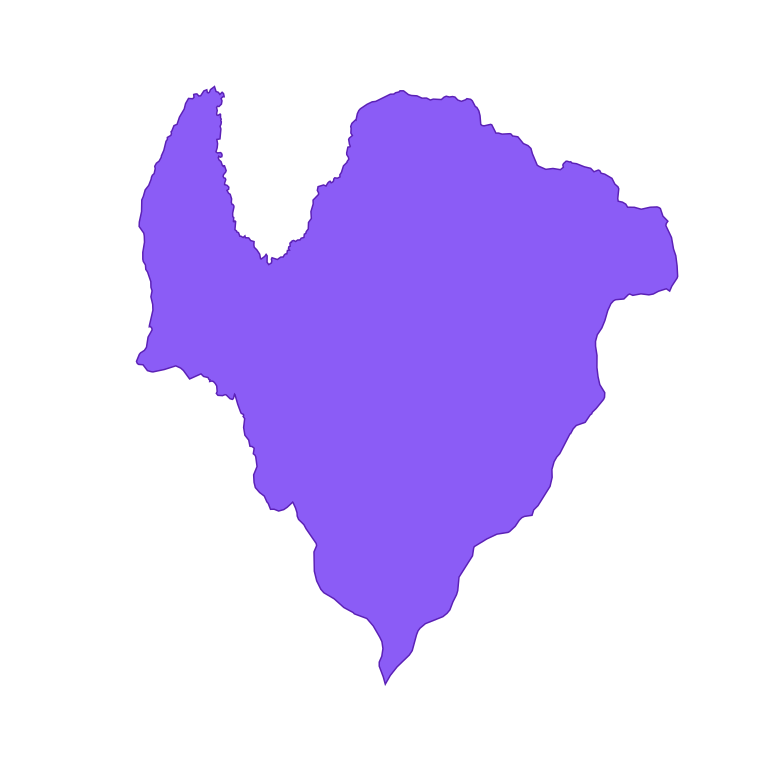 Giraldo, Antioquia, Colombia, rotated 190°
{"feature_id": "7082276B20831515538679", "entity_name": "Giraldo", "entity_type": "district", "adm_level": 2, "iso_a3": "COL", "parent_name": "Colombia", "parent_adm1": "Antioquia", "projection": "equal_earth", "projection_center": [-75.917, 6.672], "detail": "fine", "context": "isolated", "style": "filled", "palette": "violet", "viewbox_px": 768, "rotation_deg": 190, "n_neighbors": 0, "source": "geoboundaries", "source_scale": "gbopen_adm2", "svg_char_len": 6168}
<svg xmlns="http://www.w3.org/2000/svg" viewBox="0 0 768 768"><g transform="rotate(190 384 384)"><path d="M132.7,593.6L138.5,597.8L142.3,604.8L143.9,605.5L145.8,605.8L152.6,604.3L161.0,600.8L168.2,601.5L174.8,600.4L177.1,603.1L180.7,604.5L185.1,604.7L186.0,607.2L186.7,617.0L187.8,618.8L191.4,621.0L195.2,626.1L203.0,629.0L206.8,629.3L208.6,631.6L210.1,631.9L214.1,629.5L217.9,632.3L224.4,632.7L232.7,634.4L237.1,634.2L238.7,635.3L239.6,634.9L242.4,635.2L243.4,635.0L245.5,632.2L245.9,630.7L245.0,628.6L247.5,625.7L255.0,625.6L261.9,623.5L269.2,625.3L271.1,626.1L277.8,636.5L280.2,641.5L283.6,643.8L288.5,645.0L295.1,650.7L300.5,650.6L302.1,652.1L303.3,652.4L311.1,650.6L314.7,651.0L317.3,650.5L322.9,658.0L324.1,658.2L330.3,655.6L332.3,655.6L333.8,656.5L336.0,664.9L338.0,669.4L340.6,672.5L342.3,673.1L346.2,678.2L348.1,679.4L351.9,679.4L353.0,678.1L356.9,675.8L360.7,676.5L363.9,678.9L366.4,679.0L369.4,678.0L372.7,678.2L374.7,676.9L376.9,674.1L385.0,673.1L387.7,671.7L391.7,673.0L396.2,672.1L401.6,673.5L407.1,672.9L410.1,673.2L415.6,676.1L419.2,675.5L420.0,674.2L423.1,672.9L424.7,671.2L428.1,670.5L441.2,660.9L444.7,659.8L449.3,656.5L455.1,650.9L456.3,648.9L457.2,645.6L457.4,639.0L457.9,639.2L460.9,635.1L461.5,631.8L460.8,630.1L460.2,625.4L458.3,623.2L460.8,620.2L461.3,618.8L459.6,614.0L458.5,612.4L458.7,611.7L460.7,611.0L460.9,605.1L460.5,603.4L458.5,601.2L457.7,599.3L459.0,596.7L458.9,595.9L461.8,591.8L462.7,585.0L463.8,582.4L463.3,580.3L465.6,578.6L468.3,578.5L469.0,577.4L469.0,575.2L469.7,573.9L471.0,573.0L472.2,574.3L473.0,573.9L474.2,572.3L475.5,568.9L478.1,569.5L483.2,566.9L483.3,563.1L481.6,560.8L481.4,559.3L485.8,552.8L485.0,549.0L485.9,541.1L484.3,534.4L486.4,530.0L485.5,523.5L487.0,520.7L487.2,518.7L488.5,517.7L488.3,514.4L490.9,513.2L491.7,511.3L494.1,510.8L495.8,509.0L497.9,509.7L499.4,508.9L499.8,507.4L500.4,507.5L501.1,506.3L500.3,503.5L501.6,502.5L501.6,500.9L500.3,499.4L502.3,498.8L502.3,495.3L503.6,495.0L504.5,494.0L505.3,491.6L507.8,491.0L510.6,488.1L516.2,488.9L516.6,487.4L515.9,485.7L515.9,483.7L518.2,481.6L520.3,483.6L521.3,489.9L522.6,491.2L523.6,489.0L526.6,485.8L527.3,485.9L529.0,490.3L532.6,494.1L535.5,496.1L536.3,498.3L536.7,501.7L540.2,502.1L542.6,504.4L545.9,504.0L546.7,505.7L548.2,503.8L550.5,504.7L551.6,504.5L553.6,507.8L555.4,508.2L555.7,509.0L557.6,510.1L558.3,518.2L559.1,518.7L559.8,517.7L560.5,517.9L560.9,521.9L562.0,522.5L562.2,523.4L562.7,526.0L562.5,532.3L562.8,533.3L563.9,534.5L564.8,534.5L565.9,536.3L566.2,539.8L568.4,544.1L570.2,544.9L572.3,547.4L570.8,548.8L571.0,550.9L573.1,552.4L575.6,552.7L575.8,554.6L575.3,557.7L576.0,559.0L577.4,559.2L578.5,560.4L578.4,562.2L576.7,565.3L576.5,566.8L579.0,571.2L579.7,571.2L579.9,570.4L581.1,571.1L583.1,574.7L585.5,576.2L586.5,578.0L586.3,579.6L584.7,578.9L583.2,579.7L583.2,581.4L584.1,583.0L585.3,583.5L588.2,582.6L589.8,583.5L589.3,587.6L589.6,591.7L591.1,595.8L588.1,596.9L588.9,606.8L590.2,609.4L589.6,611.5L589.7,613.9L590.5,615.1L590.3,616.6L591.2,617.7L591.8,621.1L592.3,621.4L594.1,619.7L595.4,620.0L595.8,621.6L595.7,624.4L596.9,627.2L596.3,628.6L594.7,628.6L592.7,631.4L592.7,634.7L594.0,636.9L592.7,638.8L591.3,639.1L591.5,639.8L592.5,642.2L594.1,643.2L595.9,640.7L597.8,642.5L600.2,642.9L602.6,647.5L606.0,643.8L606.7,640.9L607.5,640.2L608.6,640.4L609.6,643.0L612.3,641.4L614.6,636.0L616.4,635.5L618.6,637.2L620.2,636.8L621.7,636.1L620.9,633.2L622.0,631.7L626.1,631.3L628.1,625.8L628.5,620.1L631.8,611.3L632.9,603.8L635.7,602.0L636.9,596.3L637.5,595.5L636.8,593.6L637.1,591.8L640.2,589.2L639.8,587.3L640.8,585.2L641.4,575.9L642.9,569.8L642.7,568.8L644.2,564.4L646.5,561.9L647.6,558.6L646.7,556.4L646.9,551.3L648.4,549.3L648.9,547.3L648.9,545.2L650.2,538.7L652.9,533.7L653.6,526.9L654.5,523.2L652.7,511.7L653.1,501.0L652.5,496.6L646.8,490.9L645.8,488.2L644.5,482.1L644.4,471.8L643.2,465.1L642.4,463.0L639.6,459.8L638.5,455.5L636.3,453.2L631.4,444.3L630.3,438.8L628.6,435.5L628.7,429.4L625.6,422.2L624.4,416.6L625.2,400.6L625.1,399.6L624.1,400.1L622.4,398.7L621.8,397.0L624.5,389.2L624.3,378.9L625.8,375.5L629.1,372.5L630.1,370.7L631.7,363.3L630.5,361.4L629.1,360.7L624.7,361.1L619.3,356.1L615.3,355.7L613.6,355.8L602.9,360.1L592.2,365.7L587.1,364.4L583.9,362.5L576.3,355.2L566.0,362.2L563.0,360.1L558.4,359.8L557.1,358.0L556.2,358.0L556.1,356.2L554.1,357.0L552.4,356.8L550.3,355.2L548.4,353.0L547.0,347.6L547.5,345.6L545.6,344.0L541.0,344.5L538.7,345.9L537.4,345.8L533.1,342.8L530.7,342.5L529.8,343.5L529.4,348.0L528.9,347.6L524.5,338.6L520.5,331.7L519.5,330.3L517.1,329.6L516.7,328.3L517.1,327.6L515.2,325.7L514.7,316.8L512.1,309.4L507.5,305.3L505.2,299.4L503.0,299.5L500.7,298.2L500.6,292.6L498.7,291.5L497.7,290.1L494.7,280.7L496.6,271.9L494.9,264.6L492.7,259.6L487.6,255.5L482.4,252.8L478.9,247.6L477.3,246.3L474.0,240.9L470.5,241.6L465.7,240.6L460.9,242.9L458.0,245.7L453.4,251.8L452.9,251.3L449.6,246.5L447.3,242.1L446.5,238.8L444.6,235.8L438.5,231.6L435.6,227.9L423.0,215.1L422.3,213.0L423.8,206.5L420.1,187.5L416.1,178.4L410.6,170.9L407.0,168.0L395.8,163.8L384.7,156.9L374.7,153.6L373.3,152.5L360.2,150.1L352.6,143.9L344.1,133.8L341.3,129.9L339.1,123.2L338.9,115.5L340.4,109.3L339.7,105.3L333.9,95.5L330.6,88.6L327.2,98.1L322.0,107.7L312.0,121.5L309.9,126.3L308.4,142.8L307.6,146.8L306.1,149.8L301.6,155.2L285.6,165.1L282.1,169.1L279.9,173.0L278.3,181.4L276.0,189.0L275.5,193.3L276.6,206.8L267.0,230.1L267.2,238.2L266.8,239.6L255.8,249.3L246.8,255.7L236.1,259.4L234.7,260.5L230.0,266.8L227.1,273.4L225.1,276.3L222.7,278.0L215.4,280.4L214.7,286.0L211.2,291.0L202.7,312.0L202.2,321.2L203.8,329.0L203.0,337.0L201.2,342.1L198.8,346.0L192.2,367.2L191.6,367.5L189.9,372.7L187.4,376.6L179.2,381.2L175.6,389.3L174.2,390.8L174.0,392.3L170.9,396.6L165.1,406.9L164.5,409.3L165.1,413.8L171.4,420.9L174.5,428.4L177.2,437.3L179.2,449.1L182.2,457.9L183.1,462.7L182.5,469.5L179.2,477.0L177.5,484.8L176.4,495.2L174.5,502.5L172.4,505.8L170.6,507.2L162.5,509.4L158.8,514.6L157.6,515.3L154.4,514.5L146.6,517.4L138.6,517.8L134.4,519.4L129.8,523.0L122.5,526.8L118.8,525.1L117.5,530.5L113.7,539.3L113.5,541.0L115.9,551.3L118.9,561.0L122.3,567.2L126.3,578.2L133.9,588.9L133.9,591.0L132.7,593.6Z" fill="#8b5cf6" stroke="#5b21b6" stroke-width="1.5"/></g></svg>